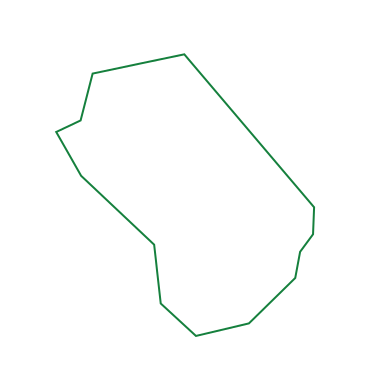 Panyijiar, Unity, South Sudan, rotated 163°
{"feature_id": "79223893B83393378605380", "entity_name": "Panyijiar", "entity_type": "district", "adm_level": 2, "iso_a3": "SSD", "parent_name": "South Sudan", "parent_adm1": "Unity", "projection": "albers", "projection_center": [30.377, 7.529], "detail": "fine", "context": "isolated", "style": "outline", "palette": "green", "viewbox_px": 384, "rotation_deg": 163, "n_neighbors": 0, "source": "geoboundaries", "source_scale": "gbopen_adm2", "svg_char_len": 400}
<svg xmlns="http://www.w3.org/2000/svg" viewBox="0 0 384 384"><g transform="rotate(163 192 192)"><path d="M201.9,329.8L252.4,334.3L277.6,293.0L304.3,289.1L299.4,267.3L293.3,239.9L243.6,152.7L246.4,137.6L248.6,126.1L254.5,94.5L230.3,53.2L176.0,49.7L118.4,79.6L106.1,103.2L88.6,116.2L79.7,141.7L132.4,263.9L156.5,319.8L159.1,325.9L201.9,329.8Z" fill="none" stroke="#15803d" stroke-width="2"/></g></svg>